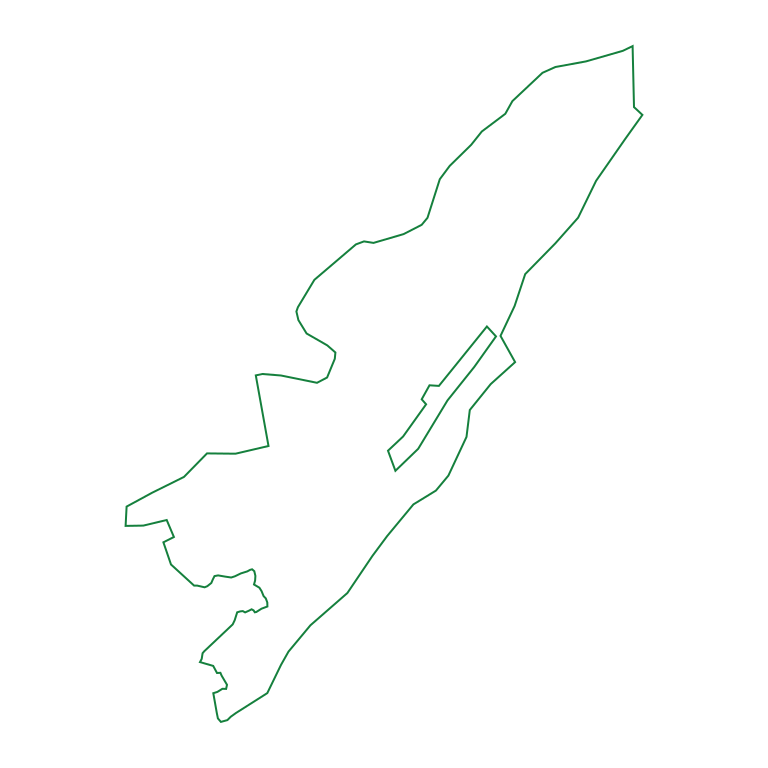 Kibray, Tashkent, Uzbekistan (orthographic projection)
{"feature_id": "79887680B41962593359700", "entity_name": "Kibray", "entity_type": "district", "adm_level": 2, "iso_a3": "UZB", "parent_name": "Uzbekistan", "parent_adm1": "Tashkent", "projection": "orthographic", "projection_center": [69.431, 41.454], "detail": "fine", "context": "isolated", "style": "outline", "palette": "green", "viewbox_px": 768, "rotation_deg": 0, "n_neighbors": 0, "source": "geoboundaries", "source_scale": "gbopen_adm2", "svg_char_len": 1766}
<svg xmlns="http://www.w3.org/2000/svg" viewBox="0 0 768 768"><path d="M236.1,712.9L267.3,693.1L281.0,664.9L288.5,651.6L310.4,625.3L347.4,593.0L372.5,555.8L387.2,536.0L413.4,504.4L435.9,490.6L448.4,475.6L466.5,436.9L469.8,410.0L490.7,384.1L515.1,362.1L500.5,335.9L514.6,306.0L525.2,274.1L555.3,243.4L578.1,217.7L596.1,180.8L625.1,139.1L642.4,114.9L634.0,107.1L632.6,46.1L622.9,50.8L586.0,61.4L559.3,66.3L555.4,67.0L542.5,72.8L512.4,101.1L505.3,113.8L481.8,131.5L471.2,144.8L449.7,165.9L439.8,179.2L427.5,217.8L421.7,224.8L403.6,234.1L373.5,242.9L364.0,241.4L355.9,244.4L314.4,279.8L297.9,307.2L296.4,311.5L298.4,320.1L306.6,333.5L327.3,345.4L335.4,352.5L334.8,358.8L327.1,377.5L317.0,382.8L281.0,375.5L262.4,374.0L255.8,375.4L268.5,446.0L235.5,453.7L207.0,453.4L184.0,476.9L151.8,492.9L126.6,506.6L125.6,525.9L143.3,525.6L166.7,520.0L173.9,537.0L163.4,542.3L171.0,564.5L194.1,585.6L197.2,585.6L204.6,587.3L207.3,586.2L211.3,583.0L212.8,579.5L214.5,576.1L218.1,575.4L225.1,576.6L231.2,577.5L234.9,576.3L240.9,573.4L247.3,571.4L250.0,569.9L252.1,569.3L254.3,571.2L255.4,575.9L255.1,580.5L254.0,584.5L259.4,587.7L261.6,591.2L263.6,596.1L265.8,598.4L267.3,602.5L267.4,606.5L261.5,608.7L256.3,612.0L254.8,612.3L253.6,610.4L251.6,609.3L248.7,610.8L245.1,612.4L242.8,611.1L240.2,611.4L237.2,612.3L235.8,616.7L234.7,620.2L232.7,624.4L204.3,651.2L202.6,653.2L201.7,658.9L200.0,662.1L213.2,665.9L217.0,673.0L220.4,672.8L221.6,675.6L227.0,684.8L226.1,688.9L222.4,688.8L217.4,691.9L213.3,693.2L216.8,713.0L217.9,718.4L220.9,721.9L227.4,720.1L230.8,716.7L236.1,712.9ZM474.3,366.9L447.5,400.4L418.2,448.8L395.4,470.8L388.0,450.7L403.1,436.5L426.1,404.3L421.7,399.3L429.5,385.3L438.9,385.9L486.9,326.5L496.0,336.4L474.3,366.9Z" fill="none" stroke="#15803d" stroke-width="2"/></svg>